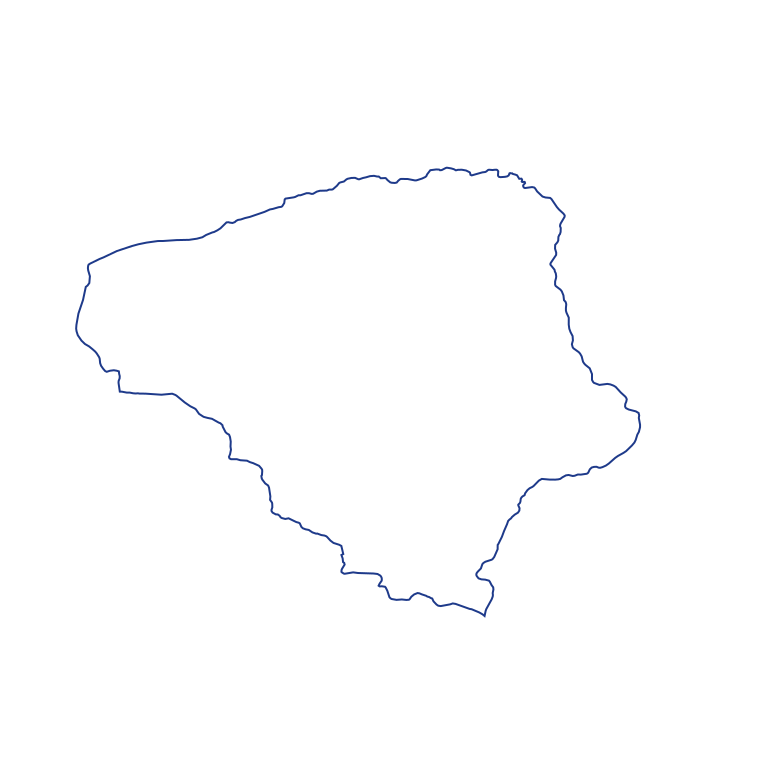 outline of Ospina, Nariño, Colombia, rotated 60°
{"feature_id": "7082276B72595090323112", "entity_name": "Ospina", "entity_type": "district", "adm_level": 2, "iso_a3": "COL", "parent_name": "Colombia", "parent_adm1": "Nariño", "projection": "natural_earth1", "projection_center": [-77.546, 1.029], "detail": "fine", "context": "isolated", "style": "outline", "palette": "blue", "viewbox_px": 768, "rotation_deg": 60, "n_neighbors": 0, "source": "geoboundaries", "source_scale": "gbopen_adm2", "svg_char_len": 6165}
<svg xmlns="http://www.w3.org/2000/svg" viewBox="0 0 768 768"><g transform="rotate(60 384 384)"><path d="M635.2,412.9L631.3,409.4L630.1,408.0L624.3,398.4L622.4,396.1L621.2,395.2L619.4,394.4L616.7,392.0L614.7,391.1L611.9,391.4L608.1,391.2L606.8,391.4L604.0,394.2L601.9,397.3L599.6,399.3L596.8,399.7L595.8,399.6L594.8,399.1L594.0,398.1L593.4,396.6L592.2,392.3L589.2,388.9L588.7,387.4L588.6,385.1L590.0,378.6L589.9,377.4L588.9,375.0L583.9,368.2L580.2,366.0L579.7,364.9L575.3,358.3L571.4,353.6L566.9,347.5L564.7,345.0L564.1,343.0L563.9,341.2L563.2,339.7L562.5,336.1L562.4,332.3L561.3,330.1L559.3,328.7L556.3,328.4L555.6,328.0L555.0,325.8L554.1,324.7L551.8,323.0L551.0,321.7L550.6,320.2L550.6,317.9L549.2,316.4L547.6,312.8L547.1,310.0L547.3,306.9L547.1,305.3L545.1,298.2L545.1,294.8L549.5,288.5L552.4,283.6L553.7,280.8L554.3,278.8L554.0,276.2L554.1,272.1L555.1,269.6L558.0,266.6L558.4,265.7L558.8,264.7L559.3,261.4L560.9,258.8L563.1,253.3L563.1,252.2L562.8,251.3L560.8,248.4L560.2,245.9L560.8,243.5L562.0,241.3L563.7,240.0L564.6,238.8L565.2,236.5L565.6,232.7L565.3,229.1L563.6,220.8L563.3,217.4L563.4,211.1L563.2,207.9L561.2,200.0L559.9,196.4L558.3,194.0L554.5,189.9L552.9,187.2L549.5,183.9L547.3,182.6L540.8,180.3L538.8,178.7L536.4,178.0L533.6,179.6L528.5,184.8L526.1,186.4L525.2,186.6L524.1,186.5L522.0,185.1L520.4,183.0L518.6,181.4L517.2,181.2L515.7,181.3L509.7,183.2L502.4,184.8L500.2,186.0L497.5,188.2L495.6,190.5L492.5,197.9L488.0,201.6L486.7,201.9L484.4,201.8L479.4,198.9L473.3,198.0L468.1,200.0L466.3,200.4L464.2,200.5L458.9,199.0L455.7,199.0L453.8,199.4L447.8,202.1L446.4,202.2L443.5,201.4L440.7,198.6L436.8,196.7L432.2,196.5L428.8,195.9L424.9,194.3L418.9,190.8L413.5,190.3L411.5,189.8L409.2,188.5L406.4,186.5L405.2,186.0L403.7,185.7L401.4,186.2L397.0,184.3L392.7,183.7L390.5,184.0L385.0,186.3L383.6,186.2L380.7,184.5L378.2,182.0L376.8,181.0L374.0,179.9L372.1,179.8L370.3,179.2L363.9,180.2L363.1,179.8L362.5,179.0L358.3,170.4L356.4,169.2L352.3,168.2L349.1,166.2L348.0,163.0L346.9,161.4L343.8,159.4L342.5,157.6L342.2,156.7L340.6,155.0L337.2,152.9L335.5,152.7L334.5,152.1L333.4,150.9L329.5,144.0L328.3,143.2L326.2,143.4L320.4,145.2L317.2,145.8L307.5,146.5L305.9,147.1L303.2,150.9L300.9,153.0L293.8,155.1L290.1,155.3L288.9,155.7L287.5,157.3L284.8,163.9L284.1,164.5L283.5,164.7L282.0,164.5L281.3,163.7L280.6,161.4L279.5,161.1L279.0,161.5L278.4,163.0L278.0,163.4L277.5,163.5L276.8,162.7L276.0,162.2L274.9,162.3L273.9,164.3L269.8,164.4L268.4,165.5L266.5,167.4L265.6,167.7L265.1,168.8L264.4,169.3L264.3,170.0L265.7,171.7L265.8,173.5L265.1,175.6L263.1,179.7L262.2,180.8L261.1,181.1L260.2,180.9L256.9,178.7L255.4,178.9L254.8,179.3L253.6,181.4L253.1,182.8L250.9,186.0L250.7,187.1L251.1,189.1L251.0,190.4L249.9,193.0L247.2,203.7L246.1,204.5L244.1,203.9L243.4,204.0L240.1,206.2L237.4,209.4L235.5,212.8L234.9,214.9L232.9,216.1L230.8,218.1L228.1,221.4L227.8,222.6L227.6,227.0L226.9,228.6L225.9,229.0L224.3,231.5L222.0,237.0L224.0,241.8L225.2,243.5L225.4,244.9L225.1,248.3L224.1,253.0L223.7,254.5L223.0,255.6L218.4,260.9L214.9,266.7L214.7,267.8L215.1,270.1L215.9,272.3L215.3,274.1L213.5,276.8L212.4,277.8L209.2,279.0L206.8,279.5L206.3,279.9L204.2,283.9L201.7,284.8L200.9,286.2L198.7,288.6L197.0,292.2L196.0,296.3L195.1,299.1L194.3,303.2L193.8,303.9L191.0,306.0L189.3,309.1L188.1,312.8L188.0,314.2L188.6,317.5L187.6,321.0L187.5,322.3L188.8,325.7L189.8,330.9L189.6,331.9L188.2,334.4L187.9,336.8L184.6,342.9L183.8,346.0L183.8,350.3L183.2,351.6L181.3,353.5L180.0,355.8L178.8,361.9L177.8,363.7L177.6,367.4L177.2,368.9L174.2,376.6L174.5,377.7L177.4,379.9L179.2,383.3L179.2,384.4L178.2,386.9L176.8,392.7L175.8,395.5L175.2,401.4L172.2,416.7L170.8,421.4L169.9,425.8L168.9,428.4L168.8,430.4L169.2,432.3L168.8,434.7L167.0,437.0L166.2,437.7L165.3,439.6L167.4,447.8L167.6,451.4L167.4,455.2L166.9,456.9L166.0,463.5L166.1,467.9L164.6,473.4L161.7,480.7L155.6,491.8L149.7,503.8L147.1,508.4L142.8,519.0L140.2,526.8L138.5,533.3L135.3,548.8L134.1,563.7L133.5,567.9L132.8,578.1L132.9,580.1L133.8,581.2L135.6,582.5L137.8,583.4L143.6,584.8L149.2,588.7L150.5,591.5L150.8,593.7L160.7,602.6L170.2,613.4L179.0,620.8L182.1,622.9L184.6,623.9L188.7,624.8L195.2,624.3L199.8,623.0L204.0,620.6L208.2,619.0L211.5,617.9L213.8,617.5L218.4,617.3L220.0,617.6L224.0,619.4L226.7,619.9L230.3,619.6L233.4,619.0L234.8,618.0L235.5,614.7L237.0,611.1L238.8,608.9L240.5,607.3L242.8,608.3L245.0,608.9L246.9,610.1L248.7,612.3L250.2,613.3L258.5,616.6L259.7,614.7L262.8,611.1L264.4,608.4L266.6,605.9L268.0,603.9L269.0,601.8L270.0,600.6L273.1,595.4L282.0,582.1L286.5,572.3L289.1,570.2L290.4,569.5L300.3,565.8L306.4,562.9L310.5,560.2L311.9,559.6L317.4,559.1L321.4,557.1L322.4,556.5L325.1,553.8L328.1,550.4L334.7,546.5L336.2,545.3L338.9,544.5L340.3,545.0L346.5,545.3L348.4,544.7L350.4,543.5L353.0,543.9L357.2,545.5L361.4,548.2L364.4,549.4L367.8,552.4L369.6,554.7L371.2,555.0L372.6,554.1L375.6,549.0L378.2,546.5L381.9,541.0L384.6,539.2L387.1,536.9L392.4,533.1L396.1,532.4L397.3,532.4L398.7,533.1L401.8,535.2L402.3,536.2L404.7,537.1L405.9,537.2L410.7,536.6L414.0,535.1L416.3,535.4L424.5,538.6L427.4,540.6L430.7,540.3L431.9,540.7L435.0,542.4L436.8,544.4L437.8,544.9L439.7,544.8L442.8,542.9L443.9,541.2L445.9,540.3L447.7,540.2L449.0,539.5L451.5,537.0L452.6,533.8L459.7,529.0L461.5,527.2L462.6,526.6L466.4,527.0L468.4,526.4L470.6,524.6L472.8,522.1L476.7,520.2L479.7,517.6L480.1,516.6L483.5,513.8L485.5,511.3L486.9,510.2L487.8,509.8L492.8,508.7L496.4,507.2L500.8,503.2L502.9,501.9L510.9,504.3L510.8,506.4L514.3,507.0L517.8,508.5L519.0,507.9L520.7,508.4L523.1,512.8L523.9,513.8L525.4,514.8L526.2,514.6L528.1,513.6L528.7,512.9L531.7,504.9L534.7,501.0L542.9,487.8L545.3,484.6L547.9,483.1L549.2,482.8L550.9,483.0L552.3,483.7L553.2,484.4L554.7,487.6L556.0,489.5L557.1,489.0L558.1,487.0L560.1,484.5L561.2,484.3L564.7,484.5L571.4,485.9L572.9,485.5L574.0,484.9L577.2,481.1L579.5,476.3L582.2,472.6L583.3,470.3L583.2,469.4L581.9,466.7L581.3,463.1L581.8,459.5L583.0,458.0L585.0,456.5L588.5,453.4L589.7,452.8L591.1,451.4L592.9,450.4L593.9,449.5L597.0,449.8L601.2,448.8L603.1,447.9L604.7,445.9L607.9,436.9L608.4,434.2L610.2,432.0L621.6,422.3L622.9,420.7L629.5,415.7L632.8,413.8L635.2,412.9Z" fill="none" stroke="#1e3a8a" stroke-width="2"/></g></svg>